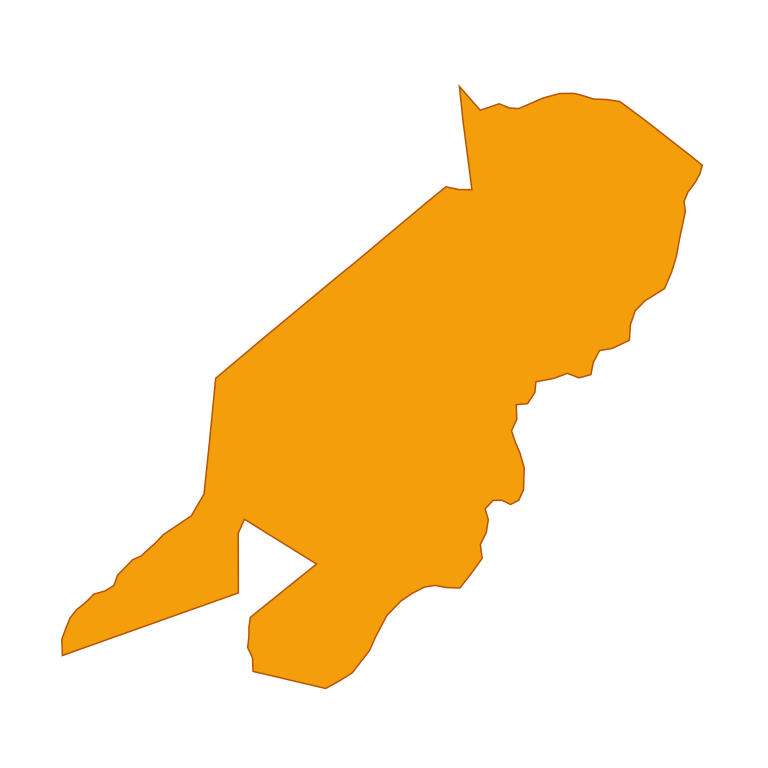 the district of Lago dos Rodrigues, Maranhão, Brazil, rotated 6°
{"feature_id": "56859067B92242830250607", "entity_name": "Lago dos Rodrigues", "entity_type": "district", "adm_level": 2, "iso_a3": "BRA", "parent_name": "Brazil", "parent_adm1": "Maranhão", "projection": "albers", "projection_center": [-44.931, -4.589], "detail": "fine", "context": "isolated", "style": "filled", "palette": "amber", "viewbox_px": 768, "rotation_deg": 6, "n_neighbors": 0, "source": "geoboundaries", "source_scale": "gbopen_adm2", "svg_char_len": 1497}
<svg xmlns="http://www.w3.org/2000/svg" viewBox="0 0 768 768"><g transform="rotate(6 384 384)"><path d="M677.7,133.3L667.9,126.8L616.4,94.6L589.0,78.4L575.7,77.8L562.7,78.7L553.0,76.7L542.9,75.1L528.4,76.7L512.4,82.9L489.2,96.0L479.9,96.4L469.2,93.3L451.1,101.7L427.9,80.2L435.1,114.2L447.8,167.5L451.1,181.5L438.4,182.8L425.0,181.4L408.1,198.3L342.6,266.0L328.6,280.0L259.2,351.0L216.0,395.9L216.4,445.4L216.5,459.4L216.5,512.2L206.2,535.1L190.8,548.1L180.5,556.6L173.0,566.3L166.1,573.9L160.5,580.3L152.5,585.0L146.5,592.5L139.1,601.8L136.4,612.7L128.0,619.0L117.3,623.4L110.3,632.2L101.9,640.5L96.3,649.4L93.0,660.7L90.3,671.5L92.5,687.7L106.1,681.1L121.5,673.8L139.1,665.3L261.0,607.0L254.6,547.7L259.4,533.1L335.7,570.1L275.5,630.0L275.1,639.6L276.0,649.1L276.0,660.5L281.7,669.6L283.8,683.5L357.8,692.9L371.1,683.6L382.7,674.5L397.6,650.3L402.1,636.3L411.0,613.9L423.5,598.1L433.3,589.7L445.5,581.7L455.8,579.0L467.8,579.9L480.8,579.0L490.1,564.1L499.9,547.1L496.6,533.7L501.3,520.9L501.9,508.0L497.7,497.6L504.6,488.4L513.5,487.3L522.4,490.6L530.2,485.5L533.8,474.4L532.2,452.7L526.4,438.3L520.9,428.5L515.7,417.2L519.8,405.2L517.7,390.8L528.9,388.5L534.9,376.8L534.9,365.9L553.0,360.4L565.2,354.2L577.2,357.5L588.8,353.0L589.9,340.6L594.9,328.2L607.1,324.8L623.4,314.9L622.9,299.1L626.1,285.1L634.8,274.0L653.0,259.8L658.3,242.7L661.5,226.3L662.8,208.1L665.7,181.0L663.3,171.2L666.2,161.4L672.6,150.6L676.0,142.6L677.7,133.3Z" fill="#f59e0b" stroke="#b45309" stroke-width="1.5"/></g></svg>